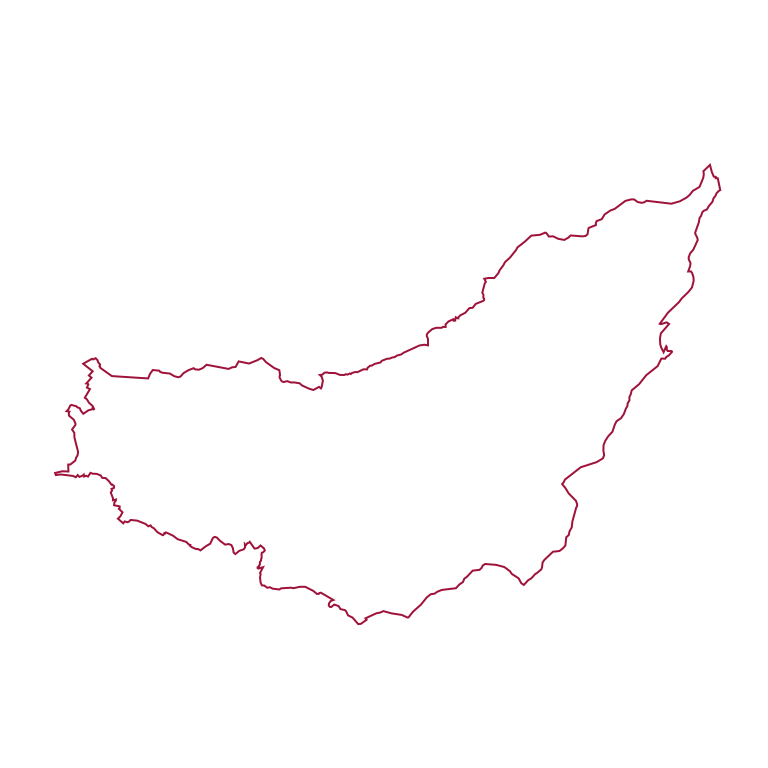 outline of Baisoara, Cluj, Romania, rotated 184°
{"feature_id": "2599482B38927936473335", "entity_name": "Baisoara", "entity_type": "district", "adm_level": 2, "iso_a3": "ROU", "parent_name": "Romania", "parent_adm1": "Cluj", "projection": "equal_earth", "projection_center": [23.394, 46.564], "detail": "fine", "context": "isolated", "style": "outline", "palette": "rose", "viewbox_px": 768, "rotation_deg": 184, "n_neighbors": 0, "source": "geoboundaries", "source_scale": "gbopen_adm2", "svg_char_len": 6107}
<svg xmlns="http://www.w3.org/2000/svg" viewBox="0 0 768 768"><g transform="rotate(184 384 384)"><path d="M109.9,583.9L134.9,585.1L137.2,583.4L139.5,582.7L143.6,583.2L147.4,585.6L150.2,585.4L156.0,583.5L166.2,574.7L170.2,572.9L175.7,568.6L178.3,563.6L183.3,561.3L183.9,559.4L183.7,557.3L190.5,554.1L190.9,553.5L191.4,547.6L193.3,545.7L196.5,545.1L207.9,545.2L209.2,544.3L209.8,543.2L214.2,540.3L220.4,541.0L225.5,543.1L229.8,542.6L232.6,545.9L233.7,546.3L238.8,543.7L247.4,542.3L253.4,535.9L260.4,529.6L261.6,526.9L267.2,518.8L271.8,514.0L273.3,510.6L276.5,505.7L277.6,502.6L281.4,497.4L287.2,497.0L291.3,496.0L289.5,493.0L290.5,491.5L292.3,481.9L291.0,479.8L290.9,476.9L290.0,475.9L290.0,474.8L290.7,473.9L298.1,470.3L300.9,466.2L304.1,465.7L307.8,460.8L312.7,457.8L314.7,455.5L314.5,454.7L315.6,454.6L317.0,455.6L317.5,453.9L317.4,452.2L319.0,452.0L319.5,453.4L323.9,451.0L326.7,447.8L326.5,445.2L329.2,445.1L330.4,444.1L335.8,443.7L339.6,442.2L343.2,438.8L344.7,436.5L344.7,434.8L343.3,432.2L342.8,425.6L346.5,426.0L351.3,424.9L366.6,416.6L368.9,414.7L373.4,413.1L375.1,411.6L377.7,411.0L380.5,409.6L382.5,409.5L387.8,407.0L389.1,405.2L394.8,403.4L397.6,401.4L399.1,401.3L401.6,398.9L401.9,397.4L405.6,397.2L411.2,394.0L413.5,393.9L416.5,392.9L417.8,391.6L418.8,392.1L421.2,390.8L422.9,391.1L424.2,390.2L428.7,390.0L433.3,391.5L440.1,391.2L441.4,391.6L444.3,391.1L446.0,389.1L448.6,388.5L446.7,386.9L445.2,383.1L446.0,376.5L446.6,375.2L448.6,376.6L454.0,373.1L458.4,374.1L465.6,376.8L468.2,378.8L473.4,379.3L477.0,379.0L480.7,380.1L484.1,379.0L485.5,379.2L486.6,380.0L488.5,382.9L488.7,384.6L488.3,385.6L489.4,390.5L494.7,392.3L503.3,397.6L506.1,400.5L508.3,401.4L511.8,399.0L520.1,395.0L530.6,396.4L533.2,390.7L536.8,390.0L540.1,388.2L562.3,390.8L566.1,387.1L569.8,385.3L573.6,385.5L575.0,386.5L580.0,384.2L584.8,380.8L587.6,377.2L589.6,376.4L593.6,377.1L598.4,379.5L606.0,379.8L608.3,380.6L609.1,381.6L615.6,381.8L618.1,377.9L619.7,373.1L656.0,372.9L668.1,380.3L668.5,381.6L669.0,381.7L668.6,383.6L670.8,385.9L671.3,387.6L673.5,389.6L676.0,388.2L677.0,388.8L685.5,383.2L675.5,376.4L679.0,371.9L676.2,369.9L681.0,363.8L679.6,363.7L678.9,363.0L680.1,359.7L677.0,358.4L681.5,349.4L679.4,348.1L676.9,344.6L673.1,341.7L672.4,340.5L672.8,340.2L671.5,338.8L671.9,338.4L673.1,339.1L673.5,338.4L677.1,337.1L681.9,333.3L684.5,336.1L685.8,338.6L688.6,339.5L689.2,340.3L694.3,341.3L695.4,340.7L697.1,336.7L698.7,334.8L695.9,334.5L696.4,333.0L696.0,330.4L690.9,326.7L689.0,322.9L689.0,321.6L692.0,316.9L689.5,313.6L689.1,309.1L684.4,294.8L684.7,291.6L686.1,288.7L686.6,286.1L691.3,281.8L693.4,281.6L692.7,274.7L698.9,274.5L705.9,272.3L705.0,270.3L700.2,271.2L687.9,270.6L684.9,269.5L683.2,271.8L681.4,270.1L678.3,271.5L677.2,272.7L676.7,270.8L674.9,271.7L672.8,271.0L670.6,274.9L668.4,274.2L664.3,274.3L660.2,273.0L658.5,270.7L655.1,270.7L651.5,267.7L648.9,264.6L648.4,264.9L646.2,263.4L646.1,261.5L648.5,260.4L647.8,258.8L649.0,256.7L646.4,251.1L646.3,249.1L643.3,250.1L643.4,248.9L644.8,246.6L644.8,244.2L639.2,243.5L639.0,242.0L639.8,241.0L635.9,237.8L637.7,233.7L640.0,231.1L634.4,226.8L633.1,228.8L630.1,228.2L628.5,229.2L627.3,230.7L620.7,230.5L612.2,227.8L609.2,225.6L607.0,226.7L605.7,225.0L603.7,224.2L599.7,220.4L594.2,217.7L593.6,218.0L592.7,220.0L591.9,219.6L591.2,220.7L589.6,220.2L584.0,218.0L579.0,214.8L570.3,212.7L567.5,210.3L566.0,209.9L566.3,209.1L564.1,207.7L559.9,206.2L558.2,206.5L555.5,205.2L550.3,209.8L546.2,212.6L544.2,217.9L543.3,219.1L542.0,219.7L539.9,219.1L536.7,216.2L531.3,212.7L527.8,213.5L525.0,212.7L523.3,209.7L522.2,205.3L520.4,204.0L516.7,207.5L512.4,209.3L511.2,211.3L511.6,214.4L510.7,213.4L509.2,215.7L507.5,216.3L506.9,217.2L501.7,210.8L498.6,211.5L495.9,214.3L492.1,211.5L491.3,209.5L492.6,207.9L494.1,207.1L494.3,205.1L493.9,202.3L494.4,200.8L494.3,199.4L495.3,197.9L495.2,195.3L496.1,194.0L495.8,193.0L497.3,192.4L497.3,191.6L496.4,191.1L491.9,192.8L494.5,186.8L493.8,185.7L494.2,182.4L493.2,177.2L491.8,174.6L489.4,174.6L486.2,172.6L483.7,173.3L480.9,172.1L474.1,171.7L472.3,173.0L462.8,174.3L460.0,174.0L453.9,175.8L448.5,176.2L440.1,172.7L436.3,169.9L434.4,170.1L433.9,171.0L432.4,171.4L419.4,165.0L422.0,163.8L423.5,161.4L423.7,159.3L422.5,157.9L421.0,157.9L418.2,160.5L413.8,159.3L411.7,156.4L407.2,155.7L406.1,154.8L403.7,150.7L399.1,148.8L393.0,142.7L390.4,143.1L384.9,147.6L386.1,149.0L375.5,154.8L371.9,155.7L368.8,157.4L360.3,155.7L350.3,154.9L344.3,152.7L343.3,152.9L339.1,159.0L331.8,166.4L326.5,174.0L322.8,177.5L318.9,178.4L316.3,180.5L312.0,182.6L298.0,185.3L294.9,189.2L291.4,192.0L290.3,195.4L287.8,197.5L282.5,204.0L275.7,205.3L273.8,207.4L272.8,209.8L270.6,211.5L259.6,211.4L251.2,209.8L245.4,206.1L243.2,203.4L236.2,199.6L233.2,194.9L230.5,193.3L226.4,198.4L223.5,200.4L219.6,205.3L218.5,205.8L214.2,210.0L213.6,211.9L213.3,217.2L211.6,219.9L203.7,228.5L197.4,229.6L194.1,232.5L191.8,235.5L191.5,243.8L189.1,246.3L188.7,249.8L186.7,254.1L186.5,259.9L183.7,273.9L182.8,275.9L183.1,278.0L184.4,280.9L192.2,287.8L195.7,292.8L199.3,296.6L197.9,298.5L196.8,301.3L181.9,314.7L166.4,320.9L160.4,325.1L159.4,328.4L160.5,332.8L160.7,338.4L159.2,343.0L156.6,347.6L152.8,352.3L150.9,359.6L149.4,363.1L145.2,366.4L142.7,370.6L141.0,376.3L139.7,378.8L139.6,381.6L138.0,384.9L138.3,388.0L137.1,391.1L136.5,394.9L129.5,401.6L123.0,411.1L112.3,420.9L109.1,428.7L105.2,428.9L104.3,430.7L101.9,432.3L98.9,436.2L99.4,436.9L103.3,436.7L104.3,438.1L104.5,440.7L105.1,441.4L107.3,435.2L110.1,439.9L111.2,442.9L111.9,448.9L111.3,453.9L103.8,463.8L106.4,465.2L111.9,463.0L113.1,463.3L105.6,475.1L95.4,486.3L92.9,490.2L86.8,497.0L83.5,501.8L82.3,508.5L82.7,512.0L84.3,516.1L85.6,517.7L88.4,517.5L86.8,523.0L86.7,526.2L88.6,529.3L88.9,531.6L87.7,535.7L84.8,539.6L81.1,549.5L81.6,551.6L84.1,555.8L84.1,556.9L81.2,567.3L80.8,571.5L79.4,573.8L78.6,577.2L77.5,578.8L74.0,580.7L72.3,584.3L69.1,588.6L68.2,592.3L66.6,594.6L65.6,597.4L63.7,599.8L62.1,600.9L65.4,612.5L67.4,612.4L67.5,613.8L69.5,613.9L71.7,618.2L74.1,625.3L80.2,618.6L79.6,615.5L79.9,612.0L83.0,602.6L89.4,598.2L92.3,593.9L95.3,591.0L101.6,586.9L109.9,583.9Z" fill="none" stroke="#9f1239" stroke-width="2"/></g></svg>